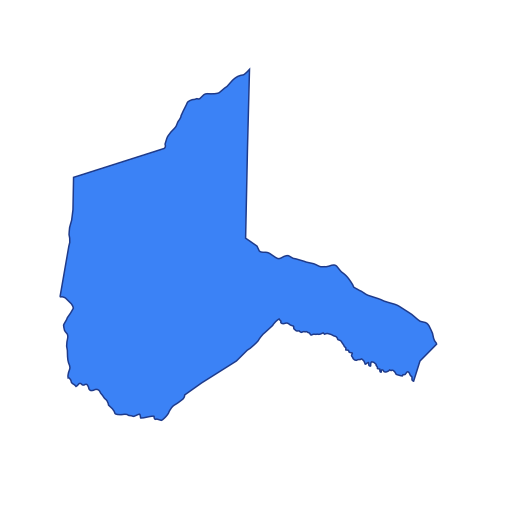 Valle de Angeles, Francisco Morazán, Honduras, rotated 11°
{"feature_id": "27666195B29826450958821", "entity_name": "Valle de Angeles", "entity_type": "district", "adm_level": 2, "iso_a3": "HND", "parent_name": "Honduras", "parent_adm1": "Francisco Morazán", "projection": "robinson", "projection_center": [-86.986, 14.163], "detail": "fine", "context": "isolated", "style": "filled", "palette": "blue", "viewbox_px": 512, "rotation_deg": 11, "n_neighbors": 0, "source": "geoboundaries", "source_scale": "gbopen_adm2", "svg_char_len": 6065}
<svg xmlns="http://www.w3.org/2000/svg" viewBox="0 0 512 512"><g transform="rotate(11 256 256)"><path d="M450.1,308.1L449.6,307.1L447.8,305.5L446.9,304.3L446.0,302.8L444.0,298.2L442.2,295.6L439.2,291.6L437.8,290.3L436.6,289.5L435.0,289.0L430.2,288.8L429.2,288.6L426.7,287.4L420.0,283.6L417.3,282.5L406.3,278.1L404.1,277.4L401.4,276.9L394.4,276.3L390.2,275.8L387.0,275.0L384.0,274.5L373.4,273.2L371.2,272.6L366.1,270.5L364.3,270.1L358.2,268.1L357.7,267.7L356.5,265.9L354.0,263.2L351.5,260.8L350.0,259.5L348.4,258.3L347.0,257.4L345.4,256.5L342.9,255.3L341.4,254.2L337.4,250.8L336.8,250.4L336.0,250.1L334.9,249.9L333.6,250.1L331.9,250.7L329.6,252.0L327.1,253.1L324.5,253.6L322.7,254.0L321.3,254.2L319.5,253.9L316.6,253.1L314.3,252.6L311.9,252.5L306.6,252.4L304.2,252.0L295.8,251.2L292.8,251.2L288.5,249.7L287.3,249.5L285.8,249.9L283.7,251.0L282.9,251.6L281.1,253.1L279.6,254.0L278.6,254.3L277.6,254.3L275.5,253.7L269.0,250.9L267.4,250.5L266.2,250.4L264.7,250.5L262.2,251.0L260.6,251.1L259.7,251.0L259.0,250.8L258.4,250.5L258.0,250.1L255.1,246.1L242.4,240.5L226.9,150.8L214.0,74.0L211.9,77.3L209.8,80.0L208.8,80.7L206.5,81.6L204.1,83.0L202.8,84.1L201.1,85.8L199.4,88.0L195.2,95.1L193.2,97.1L189.7,101.5L188.5,102.9L187.0,103.7L184.4,104.6L180.9,105.4L177.1,106.0L175.4,106.6L174.7,107.1L174.0,107.7L170.7,112.4L169.4,112.9L168.2,112.8L167.7,112.9L166.1,113.9L163.6,114.7L162.3,115.5L161.3,116.2L160.4,117.0L159.7,117.7L159.2,118.9L158.8,120.8L156.9,127.5L156.2,130.5L155.7,132.4L155.7,133.8L155.5,134.7L154.8,136.8L154.0,138.5L153.7,139.3L152.9,143.5L152.4,144.8L151.5,146.4L149.0,150.2L146.9,154.5L146.4,155.8L146.0,157.7L145.4,163.2L145.5,163.9L146.1,165.2L146.1,166.1L146.0,166.9L145.4,167.9L61.9,213.6L67.5,245.5L68.2,256.0L67.9,259.4L67.6,263.6L68.0,267.7L68.4,270.7L69.7,274.0L70.6,278.2L70.4,282.1L71.4,332.8L71.6,333.3L71.8,333.4L72.3,333.4L73.3,333.0L74.7,333.1L76.1,333.3L77.3,333.8L83.9,338.2L85.7,340.2L86.5,341.7L86.6,342.2L86.3,343.2L84.9,347.3L82.6,352.5L82.2,354.6L80.5,359.5L80.3,360.6L81.1,363.0L82.2,365.5L83.2,366.6L85.6,368.6L86.1,369.4L86.4,370.2L86.7,371.3L86.8,372.5L86.8,376.4L87.3,380.6L88.1,382.7L88.8,384.5L90.2,390.7L91.2,394.0L92.3,396.5L93.9,399.1L94.6,400.9L94.7,401.6L94.7,402.6L94.2,406.2L94.2,408.4L94.3,409.8L94.8,411.3L94.8,411.5L95.5,411.4L95.8,411.4L97.5,412.7L98.3,413.9L98.8,415.1L99.5,415.8L100.6,416.4L102.2,417.0L103.2,417.6L104.2,418.4L105.4,417.2L106.4,415.4L106.8,415.0L107.3,414.7L107.9,414.6L108.5,414.7L109.1,415.0L110.0,415.6L110.9,415.7L111.8,415.5L112.5,414.8L112.9,414.6L114.0,414.3L114.6,414.4L115.2,414.9L116.5,416.5L117.3,418.2L117.7,418.7L118.2,419.1L119.0,419.5L119.8,419.6L121.2,419.2L122.1,418.8L123.5,417.8L124.6,417.4L125.9,417.3L127.2,417.7L127.8,418.1L128.3,418.5L129.6,420.2L131.9,422.1L134.1,424.3L134.9,424.9L136.5,425.8L137.4,426.6L138.9,428.7L139.2,429.3L139.5,430.1L139.7,430.5L144.2,433.4L146.4,435.5L147.5,437.3L148.0,437.7L148.5,437.9L150.3,438.0L152.9,437.7L154.6,437.3L156.9,436.5L158.7,436.2L159.9,436.2L161.0,436.7L161.6,436.8L164.1,436.6L165.8,436.8L166.4,436.8L166.9,436.6L168.1,435.8L170.5,434.1L171.8,433.5L172.3,433.7L172.6,434.4L173.1,435.4L173.5,436.7L173.7,437.0L174.0,437.0L176.5,436.3L181.8,434.1L184.5,433.1L186.0,432.8L186.4,432.8L186.6,433.0L186.8,433.9L186.9,434.3L187.6,435.2L188.1,435.5L188.6,435.5L189.4,435.1L190.0,435.0L194.4,435.4L194.8,435.2L195.8,434.2L197.1,432.5L198.1,431.0L199.2,429.0L200.0,427.2L200.5,424.9L201.1,423.3L202.0,421.1L203.0,419.4L204.2,418.0L206.2,416.2L207.9,414.5L210.5,411.6L211.7,410.2L212.3,408.8L212.5,408.1L212.6,407.1L212.5,406.0L226.9,390.9L256.8,362.8L265.4,350.1L267.9,347.7L271.1,343.6L272.7,341.4L274.2,339.0L275.1,336.6L276.2,334.3L277.9,331.3L279.4,329.4L285.6,321.0L286.1,319.6L287.8,316.7L289.3,314.7L290.7,313.4L291.6,314.3L292.8,315.1L293.0,315.6L292.9,316.1L293.0,316.4L293.3,316.8L293.8,317.1L294.6,317.3L296.0,317.2L298.3,316.1L299.3,315.9L300.1,316.0L301.0,316.3L302.9,317.2L306.1,317.7L306.5,318.2L306.7,319.3L307.1,320.2L307.5,320.5L308.1,320.8L309.2,321.5L309.8,321.7L310.4,321.8L312.7,321.3L313.6,321.9L314.8,322.3L315.5,322.2L316.3,321.5L317.0,321.2L317.9,321.0L318.7,321.1L319.5,320.7L320.2,320.6L321.7,321.2L322.9,321.3L323.4,321.6L324.6,322.9L324.9,323.0L325.3,323.0L325.7,322.9L326.6,322.2L327.7,321.7L329.8,321.5L331.0,321.0L332.2,321.0L333.3,320.7L334.4,320.2L336.2,318.9L336.7,318.7L338.2,319.7L339.3,319.0L340.5,318.5L341.3,318.4L344.8,318.7L347.8,319.6L349.3,319.7L350.2,320.0L351.0,320.6L351.7,321.4L352.0,322.1L352.3,322.4L353.2,322.6L354.9,322.9L355.5,323.2L355.9,323.5L357.4,325.1L359.2,326.8L359.7,327.6L360.0,328.0L361.7,329.0L362.0,330.2L362.0,330.9L362.1,331.1L364.4,330.9L364.9,331.2L365.9,332.7L367.0,332.8L368.4,332.8L368.9,332.9L369.1,333.1L369.1,333.5L368.8,334.9L368.7,335.3L368.9,335.7L369.3,336.3L370.2,337.1L370.9,338.2L371.7,338.7L372.6,339.2L373.6,339.3L374.6,339.2L375.3,338.6L376.1,338.2L378.3,337.7L378.9,337.0L379.4,336.9L380.5,337.5L381.8,338.4L382.3,338.9L383.8,341.3L384.1,341.3L384.3,341.2L386.1,339.3L386.6,339.1L386.8,339.3L387.0,339.6L387.5,341.4L387.7,341.8L388.3,342.2L389.0,342.3L389.4,342.2L389.5,341.9L389.2,340.2L389.2,338.9L389.4,338.2L389.7,337.9L390.1,337.8L391.9,337.9L392.5,338.2L394.6,339.5L394.8,340.0L394.8,340.5L395.9,341.4L396.3,341.8L396.5,342.3L396.5,342.9L396.8,343.3L397.5,343.4L398.6,343.3L399.1,343.4L399.2,343.7L399.4,344.7L399.8,345.7L400.2,346.1L400.6,346.2L401.0,346.1L401.1,345.9L400.9,345.0L400.8,344.2L401.1,343.9L401.4,343.8L402.0,343.7L402.5,343.9L403.0,344.3L403.5,344.9L403.8,345.1L404.4,345.2L405.2,345.2L406.1,344.9L407.2,344.2L408.1,343.5L408.9,342.3L410.5,342.7L411.0,342.2L412.0,342.0L412.8,342.3L414.2,343.2L415.1,344.1L415.9,345.1L416.2,345.4L417.3,345.6L421.0,345.9L421.7,345.9L422.1,345.7L422.5,345.8L422.7,345.5L422.9,344.6L423.0,344.4L424.2,344.2L425.0,343.8L426.3,341.2L426.8,340.8L427.2,340.7L427.9,340.9L428.8,341.6L430.2,343.6L430.8,344.2L431.1,344.3L431.6,344.4L431.9,344.7L432.3,345.5L432.6,347.2L432.8,347.9L433.6,348.5L434.3,348.8L434.6,348.8L437.0,327.8L450.1,308.1Z" fill="#3b82f6" stroke="#1e3a8a" stroke-width="1.5"/></g></svg>